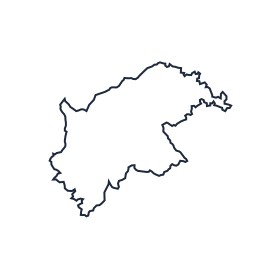 Coxilha, Rio Grande do Sul, Brazil (Mercator projection), rotated 137°
{"feature_id": "56859067B95404492612239", "entity_name": "Coxilha", "entity_type": "district", "adm_level": 2, "iso_a3": "BRA", "parent_name": "Brazil", "parent_adm1": "Rio Grande do Sul", "projection": "mercator", "projection_center": [-52.345, -28.125], "detail": "fine", "context": "isolated", "style": "outline", "palette": "slate", "viewbox_px": 256, "rotation_deg": 137, "n_neighbors": 0, "source": "geoboundaries", "source_scale": "gbopen_adm2", "svg_char_len": 3176}
<svg xmlns="http://www.w3.org/2000/svg" viewBox="0 0 256 256"><g transform="rotate(137 128 128)"><path d="M221.8,96.6L220.5,95.2L219.0,94.0L218.6,91.8L216.8,91.1L214.1,93.1L212.4,93.2L209.7,91.4L207.8,92.6L203.9,92.8L201.4,91.0L198.7,90.8L194.5,91.0L192.5,93.3L189.2,97.0L180.6,100.1L178.5,101.9L179.4,98.6L179.9,96.0L179.4,94.2L176.9,90.5L174.9,91.1L173.2,94.2L170.6,95.5L167.9,94.1L164.3,93.2L160.5,96.2L157.5,96.5L155.6,97.7L154.5,98.9L150.8,98.1L148.6,96.3L150.5,94.5L150.7,92.2L150.0,89.9L144.4,83.2L142.7,81.8L140.9,82.1L140.3,80.2L140.1,77.1L139.2,74.6L137.9,71.8L135.9,71.1L134.0,69.8L131.5,71.1L128.4,69.8L126.4,70.1L124.6,69.8L122.7,71.4L120.4,71.5L119.7,69.4L118.5,67.6L116.2,67.0L112.2,68.4L110.1,66.0L109.3,64.1L107.2,63.5L106.6,65.7L107.0,67.6L106.2,74.3L106.6,76.1L108.1,78.6L107.8,81.8L106.6,84.5L106.5,86.3L107.0,88.1L105.6,90.3L105.8,93.1L104.5,94.9L104.6,101.3L102.0,103.8L100.8,106.8L96.1,105.7L95.3,104.0L95.0,102.0L94.3,99.3L92.4,99.0L91.7,97.3L89.2,97.6L84.8,96.7L81.8,95.6L79.6,94.6L78.3,96.0L77.8,98.0L75.5,97.8L74.1,96.4L73.3,94.8L71.6,94.6L70.7,97.0L68.1,98.6L66.5,100.6L64.5,99.1L64.5,97.1L61.9,96.9L57.9,96.0L57.5,98.0L56.2,99.5L54.5,99.0L53.6,96.7L54.7,95.0L53.5,92.4L55.3,90.2L52.5,88.4L50.9,90.0L49.7,88.6L47.3,89.1L47.7,86.8L49.4,85.9L48.1,84.1L47.3,82.4L46.5,80.7L45.4,78.5L46.5,77.0L45.4,74.0L41.9,75.0L40.1,73.3L37.3,74.0L38.4,76.4L40.8,79.9L39.1,81.8L36.5,81.8L34.3,84.1L34.2,89.8L36.7,89.6L40.0,86.4L40.9,89.4L43.0,90.2L45.0,93.4L43.8,94.9L42.4,98.5L41.3,101.1L41.8,103.7L43.3,104.8L40.9,106.0L40.8,109.0L45.4,111.0L43.9,113.6L45.5,115.4L43.7,116.9L42.1,116.0L40.1,117.9L38.2,118.6L38.6,120.8L40.2,120.2L41.7,121.3L40.8,123.7L43.7,124.4L45.7,123.6L47.5,125.5L48.7,127.3L51.2,127.3L50.9,129.2L49.4,130.0L51.6,132.5L48.3,135.6L50.2,137.8L51.7,140.5L53.4,142.7L53.9,146.4L56.0,145.2L57.9,146.1L58.2,148.2L56.8,149.6L58.1,151.1L59.8,154.1L61.5,154.9L63.7,154.8L65.5,156.3L68.4,156.6L73.0,158.6L76.3,158.6L84.2,158.4L86.4,158.1L89.1,158.5L90.8,160.4L91.6,162.3L93.8,164.1L96.5,167.0L98.4,166.1L100.1,166.3L103.5,165.5L106.0,164.9L108.6,165.4L112.1,168.8L113.9,169.3L115.5,168.8L120.1,170.1L129.3,174.2L133.7,171.9L140.6,171.4L146.8,168.7L147.6,171.4L148.5,172.7L149.8,173.7L152.1,174.5L154.3,175.6L155.1,179.8L155.8,182.5L155.2,186.0L155.6,190.4L154.4,192.5L156.2,192.2L161.7,191.3L162.7,189.4L164.2,188.3L164.9,186.6L165.3,184.2L165.3,181.5L166.1,179.1L168.1,176.7L169.8,174.2L171.9,172.0L174.4,170.8L176.0,169.1L175.5,167.1L177.2,166.1L179.1,164.8L180.9,163.4L182.5,162.1L183.6,161.0L184.5,159.1L186.3,157.4L188.7,156.9L191.2,156.6L193.4,156.0L195.0,157.0L197.2,158.3L199.3,158.5L200.2,160.2L201.4,158.5L203.2,158.8L205.1,158.6L207.6,157.5L207.2,155.5L208.9,153.6L209.5,151.0L210.0,148.1L209.0,146.6L208.3,144.5L208.2,141.3L210.6,142.5L212.8,141.7L216.0,141.7L217.9,141.3L215.7,139.4L215.1,135.0L211.8,132.5L212.6,130.8L213.7,128.9L215.3,127.0L214.9,123.3L212.0,120.1L208.8,119.5L209.7,117.8L214.0,117.6L214.9,115.3L217.4,115.2L215.9,112.9L215.3,110.0L213.4,110.0L211.0,108.8L209.5,106.6L211.4,106.4L212.8,104.3L214.6,105.0L217.3,105.5L218.1,103.6L217.3,100.1L219.3,98.8L221.8,96.6Z" fill="none" stroke="#1e293b" stroke-width="2"/></g></svg>